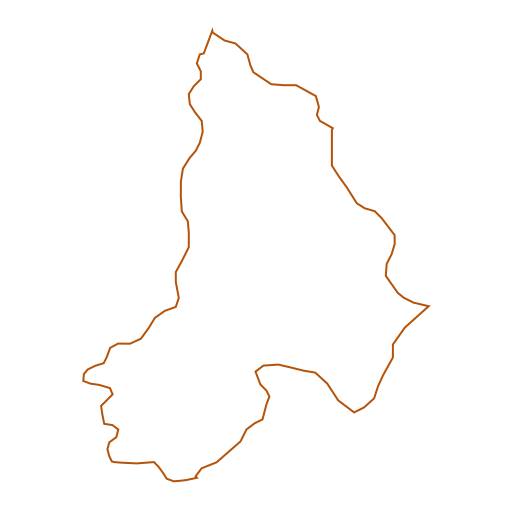 the district of Cheongsong-gun, North Gyeongsang, South Korea
{"feature_id": "91817680B32757414449699", "entity_name": "Cheongsong-gun", "entity_type": "district", "adm_level": 2, "iso_a3": "KOR", "parent_name": "South Korea", "parent_adm1": "North Gyeongsang", "projection": "orthographic", "projection_center": [129.024, 36.373], "detail": "fine", "context": "isolated", "style": "outline", "palette": "amber", "viewbox_px": 512, "rotation_deg": 0, "n_neighbors": 0, "source": "geoboundaries", "source_scale": "gbopen_adm2", "svg_char_len": 1627}
<svg xmlns="http://www.w3.org/2000/svg" viewBox="0 0 512 512"><path d="M332.8,128.2L319.9,120.9L316.9,114.9L318.9,107.0L315.9,96.1L296.1,85.2L283.2,85.2L271.2,84.2L253.4,72.3L250.4,65.4L247.4,54.4L235.5,43.5L224.6,40.5L212.7,32.6L212.3,30.7L203.8,53.4L199.8,54.4L196.8,63.4L200.8,71.3L200.8,79.2L193.8,86.2L188.8,94.1L189.8,104.1L194.8,112.0L201.7,120.9L202.7,131.9L199.8,142.8L195.8,150.7L189.8,157.7L182.9,168.6L180.9,181.5L180.8,196.4L181.8,211.4L187.8,221.3L188.8,232.2L188.8,247.2L181.8,261.1L175.8,272.0L175.8,282.0L178.8,297.9L175.8,306.9L164.9,310.8L154.9,317.8L148.9,327.7L140.9,338.7L130.0,343.7L118.0,343.6L110.1,347.9L106.9,356.8L103.7,363.2L95.4,365.7L87.7,369.5L83.9,374.0L83.3,381.0L90.3,383.6L99.2,384.9L110.0,388.1L112.6,394.4L106.8,400.2L101.1,405.9L102.3,414.2L104.2,423.8L112.5,425.1L118.3,429.5L116.3,437.2L109.3,442.3L107.6,448.6L107.4,449.3L109.3,456.3L111.8,461.4L114.4,462.1L119.2,462.5L122.1,462.7L136.7,463.4L154.0,462.1L158.4,466.6L163.5,473.6L166.7,478.7L173.7,481.3L182.0,480.6L186.5,480.0L196.9,477.8L195.6,476.3L201.6,468.3L216.6,462.3L240.5,441.4L246.5,429.4L254.5,423.4L262.5,419.4L266.4,404.5L269.4,396.5L266.4,390.5L260.4,384.5L255.5,371.6L263.4,365.6L278.4,364.6L291.3,367.6L303.3,370.6L315.2,372.6L327.2,383.5L338.2,400.4L354.1,412.4L364.1,407.4L374.1,398.4L378.0,386.4L383.0,375.4L392.9,357.5L392.9,344.5L404.8,327.6L428.7,306.2L413.7,302.7L403.7,297.7L397.7,292.8L385.8,275.9L386.7,263.9L391.7,254.0L394.7,244.0L394.6,235.1L381.7,218.2L374.7,211.2L364.8,208.3L356.8,203.3L346.8,187.4L338.9,176.5L331.9,165.6L331.9,129.8L332.8,128.2Z" fill="none" stroke="#b45309" stroke-width="2"/></svg>